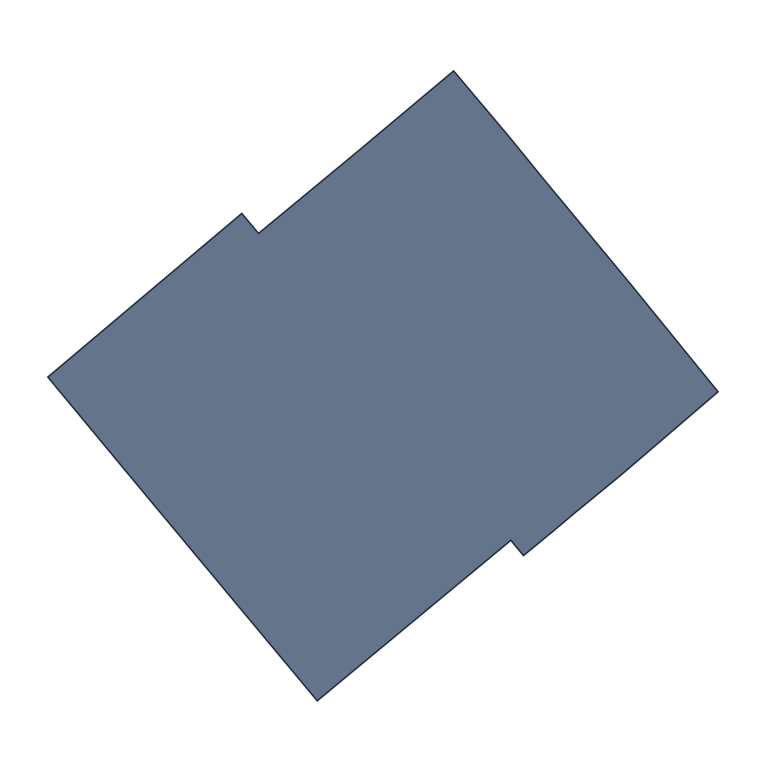 outline of Washington, Wisconsin, United States of America, rotated 230°
{"feature_id": "52423323B60034571779421", "entity_name": "Washington", "entity_type": "district", "adm_level": 2, "iso_a3": "USA", "parent_name": "United States of America", "parent_adm1": "Wisconsin", "projection": "robinson", "projection_center": [-88.256, 43.368], "detail": "fine", "context": "isolated", "style": "filled", "palette": "slate", "viewbox_px": 768, "rotation_deg": 230, "n_neighbors": 0, "source": "geoboundaries", "source_scale": "gbopen_adm2", "svg_char_len": 375}
<svg xmlns="http://www.w3.org/2000/svg" viewBox="0 0 768 768"><g transform="rotate(230 384 384)"><path d="M184.2,129.2L182.7,380.7L162.9,380.5L162.5,419.1L162.6,445.4L161.9,508.4L163.3,634.9L301.5,637.1L439.7,638.0L493.4,638.8L579.1,638.6L579.1,512.8L580.0,384.7L606.1,384.7L605.4,130.9L464.5,130.1L184.2,129.2Z" fill="#64748b" stroke="#1e293b" stroke-width="1.5"/></g></svg>